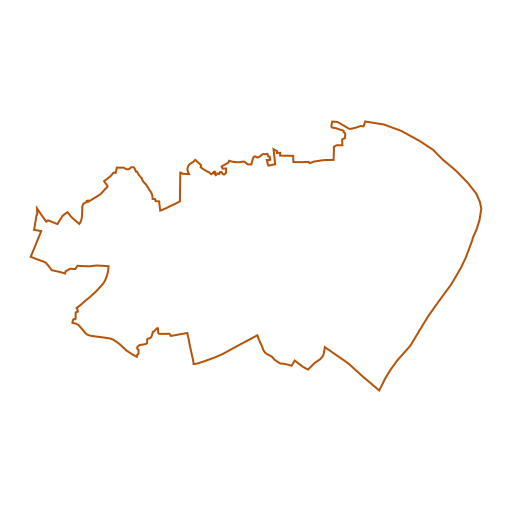 Hoang Mai, Ha Noi, Vietnam (Albers equal-area conic projection)
{"feature_id": "81297802B90742047749751", "entity_name": "Hoang Mai", "entity_type": "district", "adm_level": 2, "iso_a3": "VNM", "parent_name": "Vietnam", "parent_adm1": "Ha Noi", "projection": "albers", "projection_center": [105.847, 20.974], "detail": "fine", "context": "isolated", "style": "outline", "palette": "amber", "viewbox_px": 512, "rotation_deg": 0, "n_neighbors": 0, "source": "geoboundaries", "source_scale": "gbopen_adm2", "svg_char_len": 5356}
<svg xmlns="http://www.w3.org/2000/svg" viewBox="0 0 512 512"><path d="M442.5,159.4L433.1,149.8L419.5,140.9L401.3,130.9L383.9,124.5L365.2,121.5L363.5,126.4L362.6,126.2L361.3,126.1L360.7,126.0L360.1,126.2L359.8,126.3L357.4,127.1L356.5,127.5L353.0,128.3L351.4,128.7L350.1,128.9L349.6,128.9L348.1,128.2L342.7,125.0L338.4,122.5L337.4,122.0L335.8,121.8L332.9,121.6L332.3,121.5L332.1,122.4L332.0,122.9L331.7,124.1L331.4,125.7L331.4,126.4L331.5,127.0L331.7,127.3L332.1,127.5L333.5,127.8L335.8,128.2L336.9,128.5L337.7,128.7L338.2,129.0L339.0,129.2L339.3,129.5L339.9,129.6L340.6,129.9L341.6,130.0L342.5,130.3L343.7,131.1L343.6,132.1L344.9,133.2L345.1,133.3L345.2,134.9L345.2,135.7L345.0,138.1L342.6,139.1L342.1,139.9L342.4,145.3L337.0,145.2L336.1,145.6L333.9,146.8L333.9,150.8L333.6,158.9L333.6,159.9L325.2,160.0L321.5,160.4L316.6,161.2L314.2,161.5L309.6,163.2L308.5,161.9L303.2,162.1L297.7,162.1L295.2,162.1L293.4,162.0L293.2,155.8L290.4,155.8L287.1,155.7L285.0,155.8L284.3,155.7L280.1,155.6L280.1,153.6L280.2,152.8L277.0,153.0L277.1,151.2L273.5,149.2L274.3,155.8L275.2,164.3L268.3,165.6L268.0,164.8L267.6,163.4L267.1,161.0L266.9,160.1L267.5,160.1L267.4,160.0L270.2,159.8L269.7,156.6L268.3,156.4L267.5,153.9L265.4,154.2L265.2,154.3L264.5,154.1L263.0,154.1L261.8,154.9L259.4,156.8L257.5,157.6L256.7,157.1L254.9,156.4L253.9,156.8L252.9,158.5L251.3,164.5L248.6,164.4L247.6,164.3L247.0,163.9L246.4,163.1L244.8,162.0L244.0,161.6L243.1,161.6L240.2,162.2L237.3,162.2L233.2,161.9L229.0,160.8L228.6,162.5L221.7,166.4L222.6,168.6L226.1,168.5L226.1,172.7L225.1,173.8L224.0,174.6L222.7,174.0L221.8,172.5L221.5,172.1L221.0,172.0L220.0,172.0L219.9,172.2L219.5,173.0L219.5,173.8L219.2,174.0L218.4,173.9L217.6,173.4L215.8,175.2L214.5,173.8L215.1,173.1L215.3,172.5L215.3,172.2L215.1,171.8L214.2,171.6L213.3,172.4L211.6,174.2L211.2,174.2L210.4,173.6L209.3,172.4L208.1,172.0L202.7,168.8L200.6,167.1L201.1,165.2L195.2,159.8L193.9,161.3L192.8,162.2L189.7,164.1L189.1,164.9L188.5,165.6L187.8,167.1L187.5,168.5L187.5,169.7L187.7,171.0L188.2,172.2L189.1,174.1L182.5,173.8L182.1,173.4L181.8,173.0L181.1,172.7L180.3,172.6L180.2,179.5L180.1,188.6L179.9,201.4L179.6,201.5L178.3,202.2L175.5,203.7L173.8,204.5L171.1,205.7L168.8,206.8L168.5,207.0L166.7,207.9L164.4,209.0L160.9,210.4L160.2,210.6L159.1,201.4L155.6,201.1L155.2,199.2L152.6,198.9L152.4,195.9L151.9,194.2L151.2,192.5L149.8,190.6L149.2,189.5L148.6,188.5L147.4,186.7L145.8,184.1L144.9,183.6L144.1,182.5L142.5,180.5L142.0,178.9L141.8,178.2L141.3,177.9L138.6,174.5L137.4,172.3L137.0,171.7L136.7,171.6L136.3,171.5L135.9,171.5L134.5,168.3L133.5,167.2L131.2,167.3L129.3,168.9L128.1,169.3L126.9,169.3L125.5,168.7L123.4,167.6L122.2,167.6L120.2,167.7L116.8,167.6L116.6,168.4L116.5,169.4L116.3,170.2L115.5,173.0L113.8,172.5L110.2,176.5L104.1,181.2L107.3,185.7L107.5,186.2L107.4,186.7L106.9,187.5L105.2,189.1L101.9,192.7L100.3,194.4L88.3,201.7L88.0,201.3L87.8,200.6L86.9,200.9L87.2,201.8L86.1,202.3L83.5,203.6L83.3,204.2L82.4,206.0L82.3,209.0L82.1,213.7L82.0,215.7L81.6,218.6L81.0,221.0L80.1,222.7L79.3,223.9L77.2,222.2L72.3,217.9L70.9,216.5L67.8,212.5L67.6,212.2L65.0,213.9L63.1,215.4L62.4,216.1L61.2,218.1L60.5,219.2L60.0,219.9L59.5,220.7L59.3,221.0L58.4,222.5L57.8,223.6L57.5,224.1L48.0,220.3L47.3,220.9L46.2,221.7L41.2,214.6L37.0,208.4L37.3,214.5L36.6,214.8L34.4,228.1L34.0,229.8L41.2,231.1L33.3,250.5L30.7,256.8L33.5,257.9L37.5,259.5L43.2,261.4L45.6,262.6L48.1,265.4L51.8,270.2L60.4,272.1L65.1,273.5L65.7,271.2L67.7,270.2L69.9,268.8L75.4,269.0L76.8,266.6L77.6,265.8L82.4,266.1L89.9,266.3L96.4,265.5L102.8,265.8L106.4,266.1L108.6,266.3L108.3,269.3L108.1,271.1L107.4,274.1L106.4,277.4L105.3,280.0L103.4,283.4L100.1,287.0L95.7,291.8L89.5,297.4L84.6,301.3L80.8,304.8L76.6,308.0L77.5,309.8L77.8,311.6L77.1,311.9L75.8,312.3L75.6,313.2L75.6,315.0L75.7,318.2L75.3,319.2L73.6,319.2L73.3,319.4L72.6,321.3L72.4,322.9L76.0,323.7L78.4,325.0L80.1,326.8L85.3,332.9L86.9,334.4L88.7,335.2L91.0,335.8L92.0,336.0L95.8,336.5L103.7,337.5L110.4,338.6L112.7,339.4L118.8,343.4L126.4,350.5L132.6,354.6L136.8,356.8L137.0,355.8L137.1,354.9L137.8,354.4L138.3,354.0L138.5,353.4L138.6,351.4L138.4,349.6L137.6,349.0L137.2,348.2L137.2,347.3L137.6,346.8L138.9,345.4L141.0,344.8L144.1,344.4L146.2,343.8L147.0,343.0L147.2,340.5L147.2,339.3L147.8,338.7L149.6,338.3L151.2,337.2L152.0,335.1L152.8,332.0L154.1,331.3L155.4,329.9L156.7,328.4L157.6,328.2L158.0,328.3L158.0,329.0L158.0,331.3L158.3,333.2L158.9,333.7L159.8,333.9L161.9,333.9L166.3,333.9L168.6,333.7L169.5,333.8L170.8,335.9L172.2,335.7L187.3,333.0L187.8,335.3L188.8,339.8L189.8,345.4L191.8,354.4L193.1,360.3L193.6,363.5L193.6,364.0L195.9,363.8L198.5,363.2L204.1,361.3L206.4,360.5L215.6,357.1L222.9,353.9L233.1,348.3L241.6,343.7L257.3,335.3L259.3,340.5L260.2,342.6L261.4,344.9L262.6,347.9L263.4,350.3L265.4,353.0L267.6,354.4L271.9,356.7L272.6,357.5L273.5,358.5L274.4,359.6L278.6,362.5L280.4,363.5L283.4,363.7L288.8,364.9L291.6,365.8L294.7,360.5L299.3,364.1L303.1,366.9L308.0,369.6L314.8,362.8L320.0,359.4L322.5,356.6L323.4,354.9L324.0,352.1L324.9,347.2L345.3,361.3L349.2,364.2L356.1,370.5L362.5,376.3L379.2,390.5L385.3,378.3L390.5,369.8L397.3,360.4L410.3,345.8L411.6,343.6L428.1,316.3L439.8,299.9L451.3,284.3L460.6,268.4L465.6,258.1L472.0,241.0L473.0,237.4L476.7,229.1L479.5,220.0L481.3,208.7L480.0,202.3L479.7,201.5L476.2,193.5L467.8,182.8L455.5,170.3L442.5,159.4Z" fill="none" stroke="#b45309" stroke-width="2"/></svg>